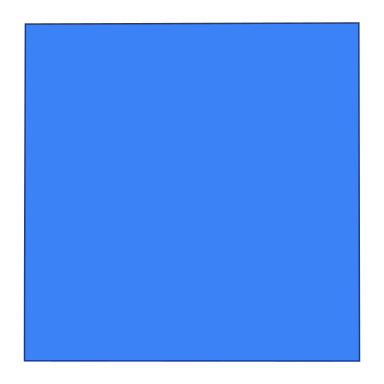 outline of Wright, Iowa, United States of America
{"feature_id": "52423323B97285304575303", "entity_name": "Wright", "entity_type": "district", "adm_level": 2, "iso_a3": "USA", "parent_name": "United States of America", "parent_adm1": "Iowa", "projection": "orthographic", "projection_center": [-93.814, 42.733], "detail": "fine", "context": "isolated", "style": "filled", "palette": "blue", "viewbox_px": 384, "rotation_deg": 0, "n_neighbors": 0, "source": "geoboundaries", "source_scale": "gbopen_adm2", "svg_char_len": 198}
<svg xmlns="http://www.w3.org/2000/svg" viewBox="0 0 384 384"><path d="M24.5,360.8L359.5,361.0L358.8,23.0L25.4,24.1L24.6,277.5L24.5,360.8Z" fill="#3b82f6" stroke="#1e3a8a" stroke-width="1.5"/></svg>